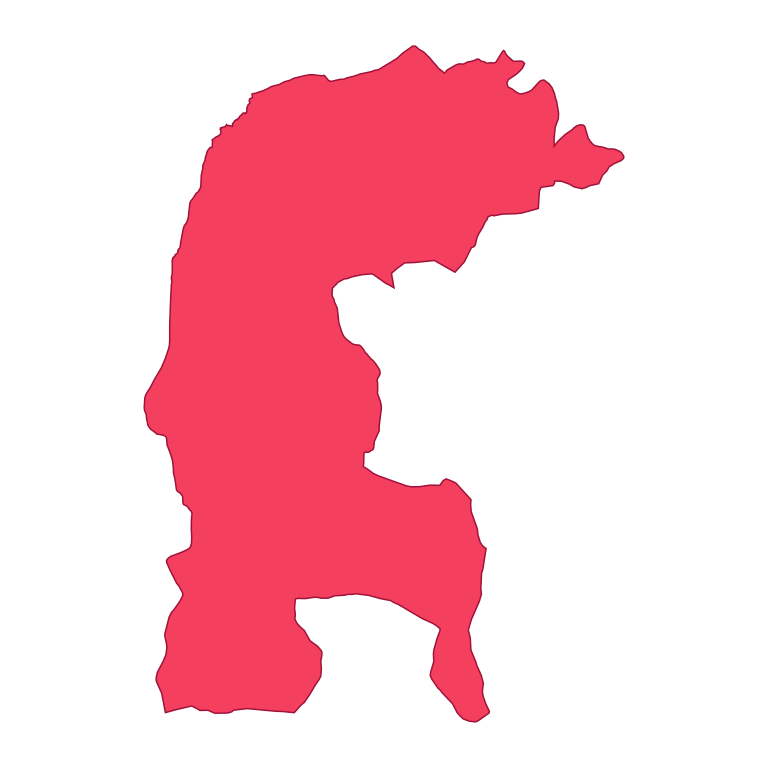 outline of Bahi, Dodoma, United Republic of Tanzania
{"feature_id": "72390352B69303654086019", "entity_name": "Bahi", "entity_type": "district", "adm_level": 2, "iso_a3": "TZA", "parent_name": "United Republic of Tanzania", "parent_adm1": "Dodoma", "projection": "orthographic", "projection_center": [35.527, -6.167], "detail": "fine", "context": "isolated", "style": "filled", "palette": "rose", "viewbox_px": 768, "rotation_deg": 0, "n_neighbors": 0, "source": "geoboundaries", "source_scale": "gbopen_adm2", "svg_char_len": 6036}
<svg xmlns="http://www.w3.org/2000/svg" viewBox="0 0 768 768"><path d="M472.7,61.0L467.6,62.0L463.4,64.1L459.0,63.9L456.2,64.8L447.4,69.8L445.8,71.8L444.1,73.0L442.3,71.2L438.5,68.4L435.5,64.5L434.1,63.2L429.8,58.0L423.6,51.9L418.9,49.3L415.5,46.2L412.6,46.1L402.6,53.2L397.0,58.4L378.6,69.6L373.7,70.6L372.0,71.5L360.2,74.0L354.3,76.1L346.4,78.0L344.1,79.2L340.2,79.3L330.6,81.5L329.6,80.7L328.6,80.6L324.4,75.4L322.0,75.8L312.6,74.7L310.3,74.7L306.3,75.3L294.3,78.1L289.8,80.3L284.3,81.8L278.8,84.7L274.3,85.7L270.6,86.9L267.9,88.5L262.7,90.9L259.5,91.8L255.7,93.3L253.7,93.4L251.9,94.2L252.3,95.0L252.3,97.5L252.0,98.1L250.3,98.4L249.4,99.3L249.2,101.2L249.9,102.5L249.8,103.2L248.3,104.5L247.5,106.1L246.8,108.6L246.8,111.3L246.6,112.1L245.8,112.7L245.9,113.4L245.0,113.5L244.6,113.0L243.9,113.3L243.1,113.0L241.5,115.0L240.4,115.5L238.9,117.7L238.9,118.3L237.4,119.0L237.6,119.7L237.2,119.9L236.4,119.7L234.6,120.7L234.1,122.0L232.5,123.6L232.5,125.1L232.9,125.6L232.3,126.4L231.7,126.5L230.8,125.8L229.4,125.8L228.5,125.3L227.0,125.7L226.5,124.7L224.6,127.1L223.2,127.0L222.4,127.7L221.5,127.5L220.5,128.1L220.7,128.6L220.1,129.3L220.7,130.1L220.9,132.4L220.2,134.6L216.9,136.7L216.4,136.7L212.2,139.9L212.1,140.4L212.7,141.6L212.3,143.4L212.3,147.4L210.1,147.5L207.5,150.7L205.3,157.8L205.1,160.0L202.9,165.1L202.7,168.8L201.3,175.1L200.8,186.0L200.5,187.6L198.3,191.7L196.1,193.4L193.2,198.1L191.1,200.6L189.9,202.8L188.3,217.6L186.9,222.0L184.2,225.9L183.1,229.5L180.7,242.4L180.1,247.5L178.1,249.8L177.7,252.5L177.1,253.4L175.4,254.6L174.3,256.8L173.6,257.0L172.9,257.8L172.2,260.3L172.3,271.4L172.2,273.8L171.3,277.8L171.9,282.1L171.4,284.4L170.6,299.7L169.7,325.7L169.7,339.9L169.4,345.2L168.6,348.7L165.5,358.0L161.4,367.7L154.5,379.4L150.6,386.9L146.3,393.7L145.4,395.7L144.8,398.4L144.2,407.6L144.5,410.3L146.3,414.8L146.5,418.3L148.0,425.5L150.6,429.2L155.6,432.8L156.5,433.9L162.5,435.1L164.3,435.7L165.3,436.2L166.3,437.5L166.7,439.3L167.1,445.0L169.9,452.3L171.8,458.0L172.6,461.4L173.4,468.3L173.4,472.6L175.0,479.3L176.5,490.1L177.7,491.5L180.4,493.3L182.7,496.6L182.9,502.6L183.4,504.2L183.8,504.7L186.6,505.9L187.6,506.9L190.2,510.4L191.2,511.2L192.0,513.4L191.4,519.7L191.3,529.1L191.7,537.2L191.5,543.3L190.5,546.7L189.0,548.5L186.0,550.3L179.2,553.2L171.3,556.1L168.6,557.8L167.1,559.4L166.5,560.8L166.9,562.9L170.0,570.1L176.7,583.4L178.8,585.8L182.6,592.9L182.7,595.8L180.5,600.1L178.0,604.0L173.6,610.1L171.5,612.4L169.3,616.7L168.7,618.7L164.9,633.5L164.8,635.8L166.7,644.8L166.8,648.3L166.0,654.5L163.0,661.6L157.4,672.3L156.4,676.6L156.1,679.6L156.4,681.4L161.7,693.3L165.4,712.6L176.7,709.5L191.7,706.0L199.3,709.9L199.6,710.4L208.0,710.3L214.7,713.2L227.8,713.0L231.8,711.8L233.6,710.2L247.2,708.6L276.4,711.3L282.7,711.5L294.2,712.7L301.3,704.8L304.1,702.6L309.8,694.4L315.4,684.9L319.1,679.5L320.8,676.1L321.4,669.1L320.8,661.5L321.9,654.9L321.9,652.1L321.1,650.4L317.7,646.4L310.0,640.7L304.4,630.6L300.0,626.7L297.0,623.3L295.6,620.6L294.7,618.2L295.2,616.7L295.3,613.2L294.7,609.9L294.7,606.2L295.4,599.2L296.0,598.7L298.4,598.4L305.2,598.6L313.4,597.4L316.4,597.2L321.4,598.2L327.9,598.2L334.7,595.8L344.7,595.2L347.8,594.4L352.2,594.4L356.1,593.8L368.8,595.4L380.4,598.6L390.8,600.6L393.2,602.2L398.6,604.6L422.3,618.6L432.7,623.3L436.8,625.9L440.2,629.0L439.7,631.5L437.0,638.7L433.8,650.2L433.4,654.0L433.8,661.4L430.7,672.2L430.2,675.4L431.7,679.0L438.1,688.3L440.3,690.2L442.0,692.6L452.6,703.8L457.1,712.5L459.8,715.7L463.2,718.9L469.1,721.1L475.4,721.9L478.1,720.8L489.0,713.1L489.4,711.5L485.4,702.9L483.1,696.0L482.4,691.7L483.3,683.3L481.3,675.5L476.8,665.4L476.0,662.4L470.9,650.0L470.3,638.0L468.3,630.0L471.4,619.5L479.4,601.1L481.4,594.2L480.8,588.2L481.6,573.1L482.8,569.4L486.1,548.4L484.8,547.7L481.8,544.9L480.2,542.2L477.9,534.6L477.4,529.1L471.2,511.6L470.6,504.3L471.0,499.7L456.1,483.3L453.5,481.8L446.2,478.9L443.3,480.5L439.7,485.4L430.2,485.1L420.5,486.6L411.3,486.8L406.2,485.8L378.2,475.8L373.1,473.3L367.1,468.8L363.6,466.8L363.3,466.1L363.7,463.7L364.0,452.7L365.7,452.2L367.7,452.4L368.8,452.1L373.2,449.3L373.7,447.9L374.3,441.6L379.1,430.9L379.3,424.9L381.3,408.8L381.3,405.7L380.3,401.3L377.4,393.2L377.7,390.2L377.6,382.4L377.0,380.2L377.7,378.4L379.8,374.8L380.1,372.7L379.6,369.8L375.7,363.8L372.8,360.3L370.6,358.6L366.8,353.9L365.4,352.7L363.7,349.7L360.9,346.3L359.6,345.3L358.6,345.0L355.3,344.8L352.6,344.0L347.4,340.1L344.5,337.3L343.2,335.2L342.2,333.2L338.9,323.2L337.3,308.3L334.5,302.0L333.9,299.2L332.2,296.1L332.1,293.7L332.5,288.1L335.4,285.0L336.6,284.2L337.2,282.8L344.0,279.0L347.3,278.6L351.7,276.9L362.0,274.7L370.6,273.9L372.8,274.1L386.3,283.7L387.6,284.1L394.0,287.8L391.5,273.6L392.2,272.6L397.4,268.2L404.6,262.9L414.8,262.5L434.3,260.5L455.0,272.2L464.4,261.8L471.4,247.7L473.9,246.7L475.3,244.9L477.1,237.2L479.2,233.0L482.4,227.9L485.3,221.6L486.8,220.1L487.8,217.1L489.9,215.9L492.5,215.2L493.9,215.8L502.4,214.1L515.9,213.7L521.9,213.0L538.3,208.5L539.4,190.9L541.1,187.3L553.0,185.6L554.6,183.3L554.6,181.0L561.6,181.3L569.3,184.1L574.2,186.9L581.9,188.7L586.3,187.4L589.6,185.7L598.7,183.7L602.6,175.2L606.9,170.9L609.3,166.5L611.2,165.7L613.4,164.0L621.4,160.4L623.6,158.4L623.8,156.3L621.7,152.9L619.8,151.4L614.7,149.2L610.4,148.9L608.8,149.1L603.3,147.3L595.0,145.8L592.5,143.9L590.1,141.1L588.2,138.0L584.7,126.3L583.2,125.1L581.2,124.8L578.8,125.1L576.5,126.0L573.7,128.0L572.2,129.7L565.3,134.4L557.8,141.4L554.2,146.2L554.1,138.5L555.2,127.3L558.3,118.6L558.6,113.2L556.7,101.8L555.5,98.1L554.3,93.1L552.1,87.8L549.1,83.8L543.9,80.0L541.7,80.4L540.2,81.0L538.6,82.4L531.7,90.1L529.0,91.6L525.6,92.9L521.6,93.8L519.6,93.8L516.3,92.2L511.8,88.8L508.1,87.1L507.3,84.9L506.9,82.7L508.3,79.7L516.2,74.3L519.5,71.4L522.5,68.1L524.6,63.6L523.3,62.0L522.0,61.3L519.9,61.0L514.5,61.4L512.6,60.7L507.4,55.9L505.4,53.3L504.9,51.6L503.7,50.5L502.6,51.5L501.4,53.2L496.1,62.0L494.5,63.0L489.8,62.7L487.6,63.3L486.1,63.0L485.1,62.1L481.2,61.1L479.0,59.3L477.6,59.0L472.7,61.0Z" fill="#f43f5e" stroke="#9f1239" stroke-width="1.5"/></svg>